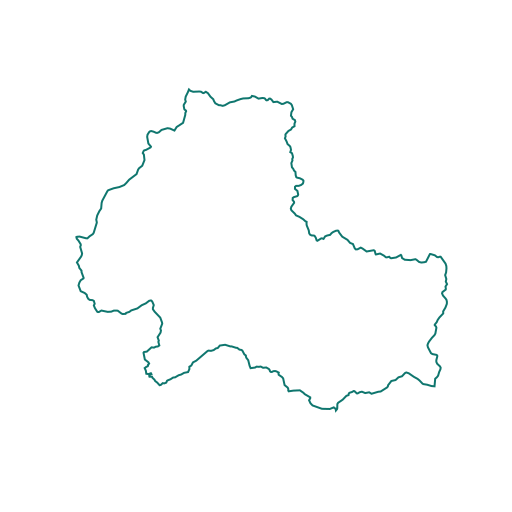 Vo Nhai, Thái Nguyên, Vietnam (orthographic projection), rotated 342°
{"feature_id": "81297802B13645799597087", "entity_name": "Vo Nhai", "entity_type": "district", "adm_level": 2, "iso_a3": "VNM", "parent_name": "Vietnam", "parent_adm1": "Thái Nguyên", "projection": "orthographic", "projection_center": [106.082, 21.786], "detail": "fine", "context": "isolated", "style": "outline", "palette": "teal", "viewbox_px": 512, "rotation_deg": 342, "n_neighbors": 0, "source": "geoboundaries", "source_scale": "gbopen_adm2", "svg_char_len": 6104}
<svg xmlns="http://www.w3.org/2000/svg" viewBox="0 0 512 512"><g transform="rotate(342 256 256)"><path d="M335.0,138.8L333.2,136.7L333.2,135.0L332.6,133.4L334.1,130.2L336.7,127.9L336.7,123.6L336.2,122.0L333.9,119.6L332.7,119.2L329.1,119.7L327.5,119.4L323.9,115.8L320.1,115.0L319.0,111.9L318.0,110.6L317.2,110.4L315.3,111.4L314.1,111.2L313.7,110.7L313.2,109.1L312.5,108.4L310.9,107.7L307.0,107.1L304.2,104.0L301.6,102.5L300.4,103.5L299.5,103.7L297.5,103.6L292.5,102.2L290.0,102.0L285.6,102.1L283.3,102.4L278.6,101.8L272.9,103.0L270.7,102.9L268.7,101.6L267.3,101.1L264.5,98.2L263.9,95.6L263.8,93.7L261.9,90.4L260.6,86.3L259.0,84.3L256.6,84.9L255.9,84.6L254.5,82.8L253.1,82.1L247.0,80.4L244.6,78.6L243.7,76.9L241.8,79.2L238.4,82.7L237.0,85.3L236.9,87.5L234.1,89.8L233.6,90.9L233.2,94.1L233.4,94.8L234.3,96.0L234.3,96.7L233.0,98.1L232.3,100.0L227.8,106.8L220.4,108.8L217.2,111.5L213.7,108.3L211.3,107.1L205.1,106.9L201.9,108.3L200.2,108.4L199.1,108.0L197.0,106.1L195.0,104.8L193.7,104.7L192.7,105.1L190.3,107.1L189.3,109.1L188.4,115.8L189.9,119.5L189.4,120.1L188.6,120.3L184.2,121.1L182.3,121.0L181.5,121.5L180.1,123.1L180.7,124.9L179.6,130.3L175.7,135.0L171.9,136.4L170.6,137.4L167.7,141.2L159.0,144.2L155.2,146.5L152.6,147.8L147.4,148.2L141.5,147.6L135.7,147.8L134.7,148.4L126.9,155.9L125.6,157.8L123.4,163.0L120.8,165.0L117.5,168.4L115.3,172.1L115.0,174.8L114.7,175.4L108.8,183.8L107.5,184.8L103.9,185.8L101.1,187.1L99.8,186.6L94.2,183.0L91.7,182.4L91.0,182.5L90.9,184.2L91.9,186.5L92.9,190.6L92.7,191.6L91.6,193.0L91.4,199.8L90.6,201.3L89.5,202.5L83.7,206.8L84.5,210.5L84.3,212.8L85.5,216.0L85.1,217.5L85.3,223.6L85.0,224.0L81.8,224.9L79.8,226.7L78.1,229.2L78.4,235.3L81.6,238.2L83.0,240.5L82.8,242.5L83.2,244.8L84.2,246.3L86.9,247.5L87.9,248.6L87.8,251.6L86.5,252.9L86.7,255.8L87.8,260.0L88.4,260.5L89.3,260.7L92.1,260.1L97.7,263.3L101.1,264.2L104.0,264.0L107.0,265.0L107.7,265.4L110.3,269.2L111.3,270.0L114.1,270.7L114.9,270.0L118.3,270.0L120.5,269.2L127.0,269.2L132.1,267.5L136.6,267.0L140.5,265.6L142.4,265.8L142.9,266.4L143.3,267.7L143.6,271.1L141.9,273.5L141.5,274.8L142.4,277.7L145.9,285.0L146.1,290.1L145.9,291.4L142.5,295.6L142.6,297.5L141.5,299.4L137.3,302.8L137.4,306.5L136.6,307.5L136.4,311.2L134.7,311.7L132.7,311.3L130.7,311.6L128.4,310.6L122.6,313.2L119.9,312.7L119.1,313.3L118.3,320.1L120.8,323.8L121.1,325.3L119.6,326.2L119.5,326.9L118.9,327.4L117.5,327.5L115.5,328.2L115.8,331.0L115.3,334.1L117.3,335.1L119.8,335.0L120.0,336.0L118.7,336.0L117.8,336.5L117.4,337.0L117.4,337.9L119.8,338.6L119.9,339.8L121.2,342.2L121.5,343.8L122.9,345.8L124.4,349.1L125.6,349.2L128.0,348.1L129.3,348.8L131.5,348.7L132.8,347.2L133.4,347.0L136.6,346.8L139.6,346.0L141.6,346.4L145.6,345.5L148.2,345.6L151.5,344.9L155.5,345.4L157.7,343.0L158.4,340.7L160.6,340.2L163.2,337.7L166.8,337.1L180.5,331.4L181.6,331.3L183.9,332.3L186.7,332.4L189.3,331.5L191.2,331.7L193.9,330.0L199.2,330.9L203.7,334.1L204.8,334.4L208.6,337.1L209.8,337.6L211.3,339.9L213.2,340.9L213.8,341.8L214.5,345.9L215.6,347.5L215.3,348.7L215.4,350.0L216.4,352.7L216.0,358.4L216.2,361.0L220.7,361.8L222.3,361.4L224.5,362.3L226.3,362.6L228.2,364.5L231.3,365.2L233.3,367.4L233.7,368.5L233.7,369.8L234.1,370.7L235.2,371.2L236.9,370.9L238.6,371.3L239.7,372.0L241.6,373.9L241.0,374.8L240.9,376.0L243.3,379.1L244.0,380.8L243.3,387.6L245.5,391.0L245.6,392.5L245.1,394.0L245.3,394.8L250.0,395.6L256.2,397.3L258.8,400.7L259.7,402.5L263.9,407.2L263.6,408.1L261.9,409.6L262.3,412.9L263.6,415.6L271.5,421.7L278.9,424.3L283.2,424.0L283.7,425.1L284.6,425.7L284.3,427.6L285.7,426.7L286.2,426.0L287.6,422.0L288.7,421.0L294.1,419.4L298.8,416.9L301.0,416.9L301.6,415.7L302.5,415.0L305.5,415.0L307.1,414.6L307.9,415.0L309.4,417.8L310.2,418.1L312.5,417.6L314.8,417.8L317.5,420.1L321.5,420.6L323.3,422.7L330.3,422.9L332.7,423.4L340.1,421.5L341.1,420.8L341.7,419.7L346.1,416.7L350.4,417.1L354.0,415.4L357.7,415.5L361.5,413.4L362.9,413.2L365.0,414.7L368.8,419.7L371.7,422.8L373.1,425.0L374.9,428.8L375.5,429.5L379.0,431.3L382.7,433.9L385.5,435.1L388.5,428.1L390.6,427.2L392.2,426.1L394.3,423.0L396.4,420.7L397.1,419.3L396.9,417.9L395.0,414.4L394.8,412.4L395.3,410.8L397.4,407.5L397.6,406.6L397.1,405.8L393.5,403.8L392.4,402.5L391.3,395.9L391.5,393.8L392.6,392.3L394.1,390.9L398.0,388.2L401.3,386.4L402.6,385.2L405.4,380.0L405.4,378.7L404.6,377.0L404.8,376.5L407.4,374.8L409.1,372.9L411.5,371.1L416.3,368.5L416.9,366.5L420.2,363.6L422.7,360.5L423.4,358.6L423.6,356.6L423.2,355.1L421.6,351.4L421.4,349.0L422.2,347.9L426.0,346.6L426.4,345.9L426.8,343.6L429.0,341.8L428.6,339.0L429.9,336.7L430.0,332.6L431.7,330.4L433.3,326.7L433.9,324.4L433.9,321.8L431.4,313.8L430.9,313.5L429.0,313.5L427.9,313.0L426.3,310.6L422.7,308.1L422.1,307.9L421.6,308.3L415.9,314.0L414.0,313.9L411.2,313.3L409.3,312.1L407.4,309.1L406.6,308.3L401.7,307.7L396.3,305.5L394.3,303.1L394.4,300.3L394.1,299.7L388.8,300.7L383.8,299.9L383.1,299.3L382.5,297.9L379.9,297.7L379.1,297.3L377.8,295.2L374.8,292.0L370.5,291.6L370.3,291.0L370.5,287.9L369.8,286.9L362.6,285.9L359.6,281.8L358.2,280.4L354.7,281.0L353.0,280.6L352.3,279.3L351.9,274.6L349.5,272.6L348.0,268.9L344.0,264.3L342.3,259.4L342.1,257.5L341.7,257.1L339.9,256.7L336.9,257.0L334.9,257.6L333.0,258.8L330.0,258.5L327.8,258.7L325.5,260.6L324.2,259.6L323.5,259.4L319.1,260.5L318.5,259.9L318.5,257.1L318.0,255.1L317.5,254.5L315.2,253.6L314.0,252.4L313.6,250.9L314.1,247.9L313.7,242.8L313.9,241.3L314.7,239.1L313.7,238.2L312.3,235.7L309.4,232.2L306.6,229.7L306.0,227.7L303.8,223.5L303.7,221.8L304.9,220.0L308.7,217.2L308.9,216.1L308.1,214.1L308.9,212.1L310.2,211.7L313.7,211.8L314.5,211.4L315.1,210.6L315.5,206.9L313.8,204.2L314.5,202.2L315.9,201.7L318.4,202.5L320.8,202.4L323.0,201.6L324.0,200.1L324.4,198.9L323.9,197.8L321.7,195.6L319.3,194.2L318.7,193.5L318.7,191.5L319.5,188.2L318.6,186.6L318.3,184.4L317.6,182.8L318.3,178.6L320.2,176.4L320.4,175.0L321.6,173.7L321.9,172.4L322.0,169.4L320.7,167.8L322.1,165.9L322.4,162.9L322.1,161.8L320.6,159.3L320.5,156.6L319.9,153.0L321.1,151.4L321.4,149.8L321.9,149.2L325.5,147.1L328.4,146.5L330.1,145.0L332.7,144.5L333.5,142.0L334.9,140.4L335.0,138.8Z" fill="none" stroke="#0f766e" stroke-width="2"/></g></svg>